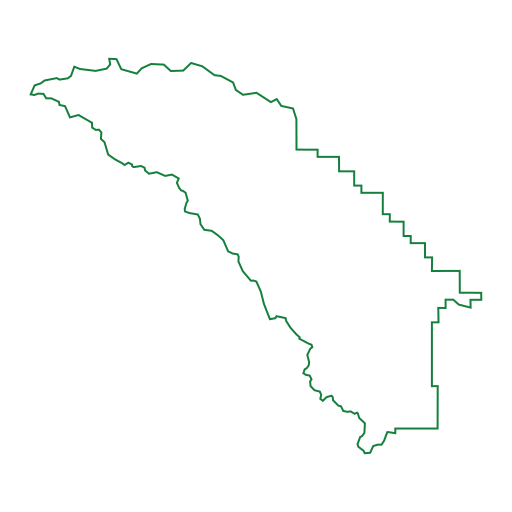 Mineral, Montana, United States of America
{"feature_id": "52423323B81681385267576", "entity_name": "Mineral", "entity_type": "district", "adm_level": 2, "iso_a3": "USA", "parent_name": "United States of America", "parent_adm1": "Montana", "projection": "mercator", "projection_center": [-115.085, 47.096], "detail": "fine", "context": "isolated", "style": "outline", "palette": "green", "viewbox_px": 512, "rotation_deg": 0, "n_neighbors": 0, "source": "geoboundaries", "source_scale": "gbopen_adm2", "svg_char_len": 2404}
<svg xmlns="http://www.w3.org/2000/svg" viewBox="0 0 512 512"><path d="M74.3,66.7L71.0,75.9L67.8,78.3L59.6,79.6L56.7,78.1L44.6,80.5L40.7,83.4L34.6,85.4L30.7,94.4L34.3,95.0L38.2,93.6L43.5,93.9L46.2,98.3L51.2,98.3L58.9,101.8L59.5,105.0L65.0,106.1L70.0,117.4L78.5,115.0L92.0,122.8L92.2,127.6L95.8,129.9L99.0,129.7L101.4,132.5L100.9,138.9L104.5,142.2L108.2,154.6L115.1,159.4L122.6,163.5L124.5,165.0L128.4,162.7L132.1,164.6L132.2,166.2L133.7,167.1L141.1,166.0L144.6,167.8L145.1,170.5L149.0,173.7L156.8,172.2L165.2,175.9L172.0,174.6L178.7,178.5L176.9,182.8L179.2,188.0L181.2,190.5L182.8,190.8L185.6,192.8L187.8,200.7L186.5,202.7L184.7,209.0L185.0,211.4L189.2,213.0L197.8,214.5L199.9,218.7L200.5,224.2L204.3,229.8L211.6,230.8L217.8,235.2L223.3,240.2L226.0,246.4L228.1,251.3L232.6,253.5L237.7,254.4L238.7,256.7L238.4,261.4L242.8,271.2L250.9,280.7L253.7,280.6L256.4,281.6L260.8,291.5L263.9,303.8L266.1,309.5L269.9,319.2L275.3,318.2L276.5,316.2L285.6,318.1L286.2,321.0L290.6,327.9L296.4,334.4L299.7,337.3L299.3,338.7L309.0,343.8L311.5,344.7L312.3,347.2L310.3,348.7L307.3,354.9L309.2,362.4L308.6,365.6L306.5,368.4L304.7,369.3L303.4,373.2L305.9,374.9L309.6,375.5L311.5,379.3L310.1,381.5L310.6,386.2L314.5,390.2L319.8,391.6L321.2,394.8L320.3,398.8L322.8,400.8L326.6,397.1L331.5,395.7L332.7,397.1L333.1,400.3L338.3,405.6L341.0,406.3L343.3,411.0L347.4,411.8L350.6,411.4L354.6,413.8L357.0,412.7L357.8,413.3L359.2,418.0L364.9,423.3L364.4,432.8L362.2,436.0L360.1,437.1L357.5,444.4L358.4,446.8L363.6,450.8L364.7,453.2L370.1,452.8L373.3,446.0L378.1,444.6L381.5,444.7L384.1,440.7L387.3,432.1L388.3,432.1L395.3,433.2L395.3,428.5L437.6,428.5L437.7,386.1L431.9,386.2L431.9,322.3L438.5,322.3L438.3,307.9L445.6,308.0L445.6,299.7L453.3,299.7L458.8,304.6L470.6,307.6L470.5,299.8L481.3,299.8L481.2,292.8L459.8,292.7L459.7,270.9L431.9,271.0L432.1,257.4L425.0,257.4L425.0,243.1L410.7,243.1L410.7,236.0L403.6,236.0L403.6,221.7L389.8,221.6L389.8,214.2L382.8,214.2L382.8,192.8L361.4,192.8L361.4,185.6L354.2,185.6L354.2,171.3L339.1,171.3L339.0,156.9L317.6,156.9L317.6,149.7L296.5,149.6L296.4,119.1L293.0,108.5L281.3,105.9L276.7,99.1L270.9,102.1L256.5,92.8L243.0,94.8L235.8,89.9L233.1,82.5L220.8,75.9L214.5,75.2L202.3,66.3L191.1,63.0L183.2,70.6L170.8,71.0L163.8,64.6L151.0,64.0L141.7,68.3L136.8,73.6L121.3,69.2L116.4,59.1L109.2,58.8L110.2,64.4L106.7,68.6L95.6,70.9L80.0,69.0L74.3,66.7Z" fill="none" stroke="#15803d" stroke-width="2"/></svg>